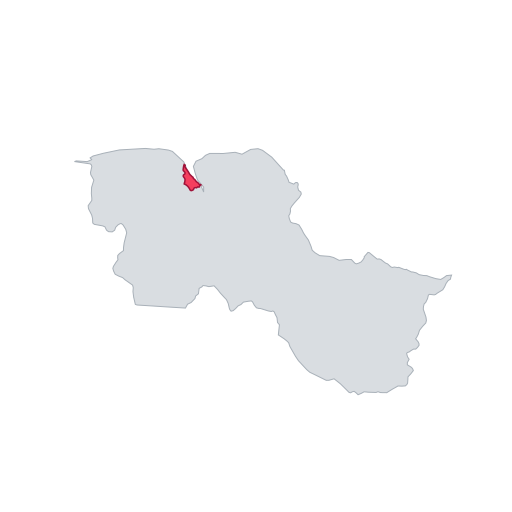 III-1 Essequibo Islands, Essequibo Islands-West Demerara, Guyana shown in context, rotated 312°
{"feature_id": "73187651B403858167670", "entity_name": "III-1 Essequibo Islands", "entity_type": "district", "adm_level": 2, "iso_a3": "GUY", "parent_name": "Guyana", "parent_adm1": "Essequibo Islands-West Demerara", "projection": "robinson", "projection_center": [-58.686, 6.757], "detail": "fine", "context": "in_parent", "style": "filled", "palette": "rose", "viewbox_px": 512, "rotation_deg": 312, "n_neighbors": 0, "source": "geoboundaries", "source_scale": "gbopen_adm2", "svg_char_len": 5000}
<svg xmlns="http://www.w3.org/2000/svg" viewBox="0 0 512 512"><g transform="rotate(312 256 256)"><path d="M170.1,238.4L160.0,225.7L149.9,212.9L140.0,200.4L139.3,198.7L143.5,192.7L147.2,188.4L150.3,186.0L151.8,183.8L150.7,174.6L150.7,171.3L149.3,167.7L148.2,163.6L149.5,160.3L151.0,157.9L152.9,157.0L157.6,156.2L160.9,155.9L162.0,154.5L163.9,152.9L166.4,152.9L171.3,153.9L173.6,151.9L177.6,149.2L186.7,144.4L188.7,141.3L190.1,136.5L190.0,134.2L189.1,133.4L186.8,132.6L183.4,132.5L180.6,133.7L177.7,133.0L175.4,130.1L175.2,127.6L176.6,124.2L175.8,121.9L171.3,114.6L171.3,112.6L174.6,109.3L176.5,106.5L179.1,99.8L181.1,97.6L187.4,96.8L189.0,95.4L192.2,91.9L197.0,87.9L203.9,84.7L205.9,78.8L207.2,77.2L212.7,74.1L213.6,72.5L213.5,71.1L204.7,57.9L206.4,58.8L213.2,67.4L217.0,69.2L217.8,69.3L217.9,67.1L221.3,68.0L230.3,73.9L243.4,83.5L261.9,101.8L267.1,108.8L270.7,112.0L276.1,120.0L277.8,123.9L277.6,139.4L272.7,149.9L271.6,157.8L271.3,168.3L268.5,174.3L272.2,171.0L273.4,161.6L276.6,155.8L280.7,149.5L286.3,148.0L292.2,150.7L297.0,151.1L301.3,153.0L310.3,163.1L319.1,171.1L322.3,177.5L331.6,180.7L337.1,185.7L338.9,190.1L340.0,201.6L338.2,218.8L338.7,219.7L336.2,223.1L335.8,225.3L334.1,229.1L332.9,231.2L334.7,236.0L336.8,236.2L337.6,236.8L338.2,237.7L338.0,238.7L337.2,239.7L335.2,240.8L333.3,243.6L333.5,246.6L332.3,248.2L328.4,249.0L320.9,249.0L317.2,249.2L314.2,249.8L312.3,251.7L309.8,253.1L307.8,253.4L306.1,255.7L304.4,259.0L305.0,261.2L306.8,264.1L307.8,267.2L306.4,272.1L304.9,275.9L304.1,278.8L302.9,284.3L300.0,290.4L297.9,293.9L297.9,297.7L298.9,303.1L304.9,310.9L306.8,314.7L308.4,320.7L313.8,325.4L317.2,329.2L316.8,334.3L317.3,335.8L319.4,337.1L321.9,338.1L324.7,338.0L327.2,337.6L327.8,336.9L333.6,336.8L334.3,338.0L334.6,345.3L334.8,348.2L336.2,349.4L337.0,351.2L337.1,352.9L337.4,356.9L338.2,359.1L338.1,363.4L338.7,365.0L340.3,366.1L342.3,369.2L343.1,369.6L343.5,370.7L345.2,375.1L346.1,376.4L346.7,376.6L347.0,378.2L348.2,382.3L349.1,383.3L350.7,386.4L351.3,389.7L353.5,393.4L355.7,396.1L356.7,398.8L359.5,404.8L362.2,409.0L365.8,410.1L368.9,410.7L370.8,412.4L372.7,414.1L370.7,414.9L368.9,416.0L366.3,415.2L362.9,415.6L359.2,416.8L355.9,417.4L349.5,415.5L347.6,415.2L346.3,414.4L343.7,410.7L342.4,410.2L339.1,412.0L335.0,413.2L333.0,413.0L330.6,414.2L328.4,415.9L324.3,423.2L322.1,425.8L319.8,427.0L315.2,426.9L310.2,427.2L306.5,428.9L303.1,429.8L301.3,430.0L300.7,434.0L299.9,435.8L298.8,436.9L296.2,437.2L293.7,437.0L292.3,435.4L289.5,434.5L287.1,434.0L285.5,433.0L284.3,433.2L283.2,434.9L282.4,436.3L281.7,438.9L278.0,439.8L276.4,441.3L277.3,446.2L276.9,448.1L276.1,449.6L271.7,449.9L267.9,449.8L265.7,451.6L263.0,453.7L261.4,454.1L259.4,453.9L256.9,451.5L254.4,448.5L248.1,446.4L241.9,444.6L237.8,439.9L236.8,437.5L234.9,436.5L230.1,430.8L227.4,427.2L224.5,426.2L221.2,424.7L221.3,422.0L221.1,419.5L219.7,418.5L217.6,417.8L216.9,416.4L217.1,413.0L217.5,404.4L217.0,396.2L212.5,393.4L210.6,391.4L207.2,379.3L205.6,373.8L205.5,369.7L206.6,357.6L207.9,352.4L211.4,341.8L213.4,338.3L213.5,335.6L213.3,332.2L212.3,325.4L218.1,321.2L220.6,319.4L221.0,316.5L224.2,312.9L225.5,309.5L226.7,306.8L226.4,305.3L225.0,304.5L223.4,301.9L220.0,294.5L218.8,293.0L217.8,291.0L218.3,287.7L219.6,284.1L219.5,282.6L217.4,280.7L213.3,277.5L209.8,277.3L207.1,276.1L203.2,276.0L200.1,275.6L198.3,274.4L198.6,272.5L199.4,271.0L202.1,267.2L203.8,263.3L204.1,259.4L204.6,254.3L205.4,249.8L205.8,244.8L201.7,241.5L200.3,238.8L198.6,236.4L196.7,236.4L193.9,235.4L189.4,238.5L185.9,237.9L183.5,239.1L178.0,238.9L174.4,237.4L170.1,238.4Z" fill="#d9dde1" stroke="#a8b0b8" stroke-width="1"/><path d="M261.6,154.8L261.8,155.4L261.9,156.1L262.1,156.5L262.1,156.9L262.1,157.4L262.1,157.9L262.1,158.5L262.1,159.1L261.9,159.7L261.8,160.2L261.7,160.8L261.5,161.4L261.3,162.0L261.1,162.5L260.9,163.1L261.0,163.7L261.2,164.1L261.6,164.4L262.1,164.7L262.4,164.8L262.9,165.0L263.4,165.1L264.0,164.9L264.4,164.8L264.8,164.6L265.3,164.6L265.6,164.7L266.1,165.0L266.4,165.3L266.7,165.7L266.9,166.2L267.3,166.3L267.7,166.3L268.3,166.4L268.6,166.6L268.8,167.2L269.1,167.6L269.6,167.7L270.0,167.5L270.3,167.2L270.8,167.0L272.0,167.5L272.0,167.4L271.9,166.7L271.3,165.9L271.3,165.6L271.5,164.5L271.6,163.6L271.3,162.1L271.6,160.6L271.9,159.2L271.7,157.8L271.8,157.4L272.1,157.1L272.3,156.4L272.4,156.1L272.2,155.5L272.3,154.1L272.3,152.4L272.5,151.8L272.6,151.2L272.8,150.9L273.4,149.0L274.3,144.9L274.7,143.8L275.0,143.3L276.1,142.7L275.9,141.4L275.1,141.7L274.7,141.9L274.4,142.2L274.0,142.3L273.6,142.6L273.2,142.8L272.9,143.1L272.4,143.4L272.0,143.6L271.7,143.8L271.0,144.5L270.8,144.9L270.8,145.4L270.7,145.9L270.7,146.5L270.6,147.2L270.3,147.6L269.9,147.9L269.4,148.2L269.0,148.2L268.5,148.0L268.0,147.9L267.5,147.9L267.1,148.1L266.8,148.5L266.4,148.8L266.3,149.4L266.2,149.9L266.1,150.4L266.0,150.9L265.8,151.3L265.5,151.9L265.2,152.2L264.8,152.5L264.4,152.8L264.0,153.1L263.5,153.4L263.1,153.7L262.7,153.7L262.4,154.0L261.9,154.2L261.5,154.4L261.6,154.8Z" fill="#f43f5e" stroke="#9f1239" stroke-width="1.5"/></g></svg>